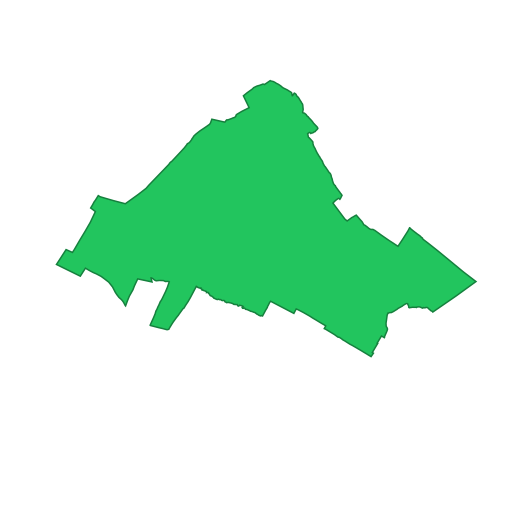 outline of Arsura, Vaslui, Romania, rotated 149°
{"feature_id": "2599482B94287985096117", "entity_name": "Arsura", "entity_type": "district", "adm_level": 2, "iso_a3": "ROU", "parent_name": "Romania", "parent_adm1": "Vaslui", "projection": "natural_earth1", "projection_center": [28.045, 46.802], "detail": "fine", "context": "isolated", "style": "filled", "palette": "green", "viewbox_px": 512, "rotation_deg": 149, "n_neighbors": 0, "source": "geoboundaries", "source_scale": "gbopen_adm2", "svg_char_len": 6119}
<svg xmlns="http://www.w3.org/2000/svg" viewBox="0 0 512 512"><g transform="rotate(149 256 256)"><path d="M360.1,389.0L365.0,386.5L366.8,385.8L370.0,383.9L373.0,382.3L370.8,376.8L380.7,370.2L389.9,365.1L398.6,360.5L408.6,355.0L411.5,353.6L415.5,359.3L431.4,351.5L417.0,329.2L408.5,333.4L406.0,328.9L404.0,325.6L402.1,323.0L399.3,318.4L398.0,315.3L395.7,309.5L395.3,306.4L394.9,303.3L395.3,297.4L395.2,294.7L394.8,291.1L393.8,287.9L393.5,286.1L393.4,284.6L393.6,280.9L393.5,280.4L388.9,284.1L385.1,286.9L378.9,290.4L375.6,293.0L369.2,297.3L358.5,287.3L357.3,291.3L357.0,291.2L356.0,289.6L355.3,287.5L354.4,286.2L351.4,284.8L348.0,282.6L346.8,280.8L345.3,280.0L343.9,279.1L343.6,278.6L348.1,274.8L351.8,272.1L358.2,267.9L360.6,266.5L361.2,266.4L364.8,263.8L366.0,263.1L368.6,261.2L370.1,260.4L371.6,259.0L372.3,258.3L372.9,257.9L375.6,255.9L382.4,251.2L382.3,250.8L376.3,244.7L373.3,241.8L370.4,238.8L369.7,238.4L368.4,238.1L367.7,238.6L363.7,240.7L361.3,241.9L356.4,244.0L354.3,244.8L353.3,245.1L352.3,245.6L346.0,248.3L345.7,248.4L344.7,248.4L343.9,248.8L342.1,249.8L337.9,251.8L333.9,254.0L322.8,260.7L322.6,260.3L322.6,260.0L322.5,259.8L322.3,259.8L322.1,259.4L322.0,259.0L321.4,258.2L320.9,257.8L320.5,257.1L320.0,257.1L319.7,257.0L319.8,256.8L319.8,256.3L319.9,255.7L319.7,255.4L319.4,255.1L319.8,254.6L319.5,254.3L319.0,254.1L318.5,253.1L317.9,252.6L317.4,251.7L316.8,251.2L316.8,250.4L317.2,250.1L316.9,249.9L315.7,249.3L315.7,248.5L315.9,248.2L315.6,247.8L315.6,246.9L315.7,246.4L315.6,245.5L314.6,244.4L314.4,243.7L314.2,243.1L313.9,242.6L313.8,241.9L313.9,241.7L313.4,241.1L313.3,240.8L312.7,240.0L312.5,239.6L312.1,239.3L312.0,239.0L311.7,238.7L311.2,238.4L310.3,238.3L309.7,237.3L308.8,236.9L308.6,236.7L308.5,236.1L308.3,235.7L308.0,235.3L307.5,234.9L306.9,234.7L306.3,234.3L306.0,233.9L306.2,232.8L305.9,232.3L305.5,232.0L305.5,231.7L305.2,231.1L303.6,230.5L303.3,230.2L303.1,229.8L302.6,229.6L302.3,229.2L301.2,228.1L300.2,226.8L300.2,226.5L299.8,225.8L298.7,225.2L298.2,224.6L297.1,224.1L297.2,222.5L297.0,222.2L296.5,222.0L295.3,222.2L295.2,222.0L294.1,221.0L293.5,220.3L293.2,219.8L293.0,219.4L293.3,219.3L294.0,219.3L294.4,219.1L294.4,218.1L294.1,217.8L293.6,217.6L293.3,217.7L292.7,217.2L292.5,216.9L292.5,215.9L292.4,215.7L292.1,215.4L291.4,214.9L291.0,214.4L290.6,213.8L289.7,212.5L288.9,211.2L288.1,210.6L287.1,209.2L286.8,208.9L286.1,208.0L285.7,207.6L285.7,207.0L285.3,206.2L285.3,205.9L285.0,205.6L284.6,204.9L284.0,203.6L283.0,202.3L282.7,202.3L282.2,202.2L281.6,201.4L281.3,201.2L275.6,204.6L272.9,206.0L271.9,206.9L270.6,207.6L268.5,209.0L266.8,209.7L253.1,187.3L248.8,189.9L247.5,188.1L244.5,183.2L242.3,179.3L240.9,176.8L239.3,173.5L237.5,170.2L234.5,164.5L232.3,160.5L232.2,160.2L232.3,160.1L234.9,158.6L234.0,157.3L229.3,148.4L227.5,144.2L226.8,143.7L226.3,143.1L225.4,141.2L224.7,139.3L223.7,137.6L220.8,131.8L219.9,130.4L215.1,121.7L209.2,110.5L205.4,112.2L206.0,113.4L196.7,118.4L197.0,118.9L189.7,122.8L188.2,120.3L188.1,119.9L187.8,120.0L187.2,120.8L182.7,124.0L181.3,125.2L180.9,125.7L180.6,126.8L180.6,128.7L179.3,131.2L178.8,131.9L177.3,133.7L174.1,137.7L172.3,139.1L171.9,138.8L171.2,138.8L170.6,138.6L169.1,137.8L168.0,137.7L166.6,137.6L163.7,137.7L163.1,137.6L161.2,137.9L156.4,137.7L155.3,137.9L152.2,137.9L151.4,137.7L150.9,137.4L150.6,137.0L150.8,136.3L150.9,134.9L151.0,134.3L151.5,133.4L151.3,132.7L147.9,131.3L147.0,130.6L145.8,130.0L145.0,129.2L144.5,129.4L142.5,128.5L141.5,127.6L140.2,125.6L139.7,125.4L139.4,125.6L138.9,125.5L138.1,124.7L137.8,124.5L136.8,124.4L135.8,123.7L135.5,123.3L135.1,121.6L134.3,119.2L134.2,118.8L133.9,118.5L133.4,117.7L133.3,116.9L104.8,118.7L80.6,120.8L81.4,122.8L86.4,135.5L97.5,166.8L101.3,176.9L104.0,183.8L104.3,185.1L104.1,185.7L104.7,187.0L104.8,187.9L105.2,189.1L106.5,192.0L108.4,196.9L109.5,200.0L109.6,200.9L109.8,201.1L112.7,199.3L122.1,194.6L129.3,191.2L134.1,201.1L137.8,209.3L141.0,216.8L142.1,218.6L143.7,219.5L144.2,220.0L145.1,221.7L145.7,223.6L146.7,226.1L147.3,226.9L147.5,227.5L147.4,230.3L147.5,231.2L148.0,233.7L149.0,239.4L150.3,239.5L152.7,239.5L154.1,239.6L159.8,239.1L160.8,241.8L162.6,259.6L162.8,261.7L160.7,262.3L158.8,262.7L156.9,262.9L155.6,262.9L155.1,262.3L154.9,261.4L154.0,261.8L151.0,263.7L151.1,265.5L151.3,266.4L151.3,267.2L151.6,270.1L152.0,274.2L151.8,275.3L151.9,275.7L152.1,276.1L152.3,277.4L152.2,278.7L151.6,281.3L151.2,282.3L150.9,283.5L150.8,284.5L150.1,286.5L149.9,287.7L149.9,288.7L150.1,289.4L150.3,289.7L150.6,296.0L150.7,297.0L150.9,297.7L150.8,300.7L150.3,303.0L150.5,306.9L150.4,307.6L150.3,307.8L150.5,308.4L150.5,312.9L150.3,315.5L150.0,317.9L150.0,319.6L149.8,321.4L149.5,322.2L149.3,323.1L148.8,323.9L148.5,324.7L148.9,327.0L149.5,329.9L149.8,330.4L149.9,330.9L149.1,333.0L148.8,334.2L148.3,334.3L146.7,334.4L146.2,334.2L145.9,332.8L145.4,332.9L144.2,332.4L143.6,332.3L142.0,332.4L141.5,332.2L140.9,332.3L140.5,332.5L139.9,332.7L139.1,332.8L137.6,333.3L137.2,333.6L137.1,335.0L138.3,340.3L138.4,342.3L138.8,344.5L139.5,347.5L139.6,348.6L139.9,349.1L140.1,349.8L140.2,351.4L140.9,353.4L141.3,353.9L141.8,354.3L142.1,354.7L142.0,355.2L140.9,356.4L140.1,357.3L138.1,361.5L137.9,362.4L138.0,363.9L137.9,365.1L138.0,366.2L138.0,370.0L138.2,370.9L138.6,371.5L138.5,372.1L138.6,372.9L138.4,373.8L138.5,374.3L138.9,375.3L139.3,375.9L142.1,374.6L142.4,374.8L141.4,377.4L141.6,378.3L143.7,382.4L146.0,385.9L146.8,387.8L147.1,388.9L148.4,391.7L149.6,393.5L150.2,394.8L151.2,396.5L152.7,398.0L153.3,398.5L153.5,399.0L160.4,398.6L160.6,399.0L161.5,399.8L164.8,400.4L167.7,401.2L171.2,401.5L173.3,401.0L179.5,400.5L184.3,399.8L185.5,386.7L194.1,387.3L199.5,387.3L200.6,387.0L201.2,386.3L201.7,386.0L202.6,385.9L203.4,385.9L204.4,386.2L206.1,386.4L209.7,387.1L211.1,387.8L213.8,386.8L223.4,396.0L226.6,393.4L228.0,392.8L233.6,392.4L239.8,392.1L245.1,391.4L248.0,390.7L248.5,390.2L250.6,389.4L251.0,389.0L253.4,388.0L255.1,387.5L257.1,387.6L257.9,387.1L261.8,385.6L267.9,383.8L279.9,380.4L280.6,380.5L282.1,380.1L283.5,379.4L311.4,371.9L315.3,370.6L325.5,369.4L341.1,368.1L349.4,376.6L355.8,383.5L359.2,387.2L359.7,388.3L360.1,389.0Z" fill="#22c55e" stroke="#15803d" stroke-width="1.5"/></g></svg>